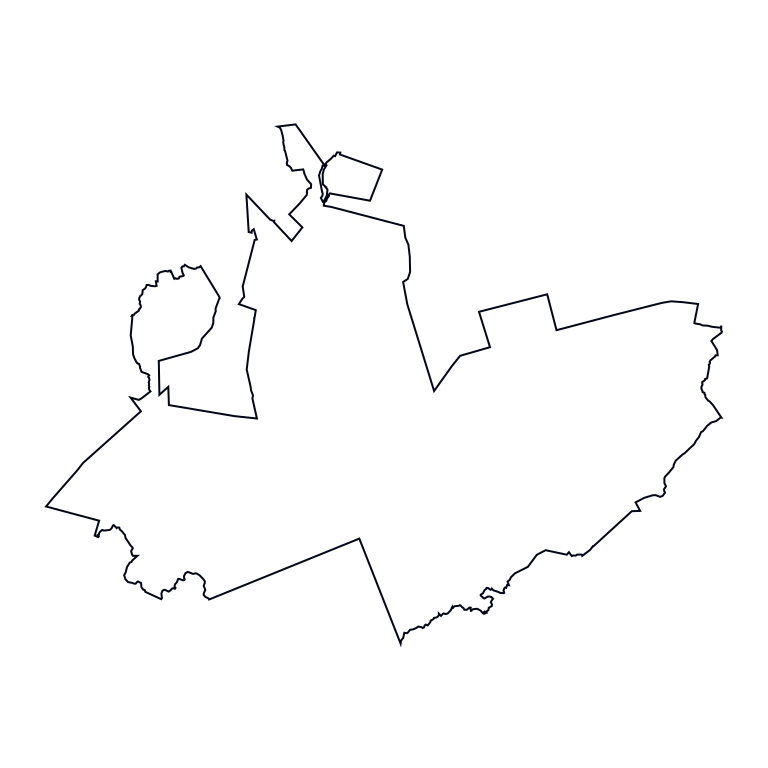 Coronado, Chihuahua, Mexico (orthographic projection)
{"feature_id": "50627088B73123540840509", "entity_name": "Coronado", "entity_type": "district", "adm_level": 2, "iso_a3": "MEX", "parent_name": "Mexico", "parent_adm1": "Chihuahua", "projection": "orthographic", "projection_center": [-105.103, 26.672], "detail": "fine", "context": "isolated", "style": "outline", "palette": "ink", "viewbox_px": 768, "rotation_deg": 0, "n_neighbors": 0, "source": "geoboundaries", "source_scale": "gbopen_adm2", "svg_char_len": 6115}
<svg xmlns="http://www.w3.org/2000/svg" viewBox="0 0 768 768"><path d="M157.6,274.3L157.7,281.5L155.9,281.3L156.6,285.9L154.9,286.3L150.6,285.8L148.6,284.9L146.6,285.1L146.0,287.1L145.2,288.4L142.7,290.2L142.3,294.2L140.2,296.1L139.2,298.2L139.1,299.6L140.1,301.5L139.7,303.9L140.6,305.0L140.9,307.0L139.7,308.9L138.9,309.3L138.8,310.7L134.6,313.7L133.9,314.9L132.3,315.1L131.8,315.8L132.2,315.8L132.4,316.6L130.7,335.4L132.8,346.5L133.1,354.5L134.4,358.2L136.3,361.9L137.5,363.4L139.0,363.9L140.1,366.7L139.9,367.6L141.6,371.9L147.7,374.1L149.2,375.3L148.3,376.4L148.4,377.2L149.0,377.7L149.5,379.9L148.7,382.4L149.2,383.9L148.8,385.5L149.4,386.9L148.8,387.9L149.2,389.6L150.5,391.4L141.6,398.3L138.8,399.9L130.6,397.6L140.9,411.3L83.0,463.0L77.3,470.3L51.6,499.7L46.1,506.5L99.1,520.7L94.7,535.6L98.1,537.1L98.7,536.5L97.8,535.0L99.0,534.6L98.9,533.6L99.8,532.0L102.2,529.9L104.0,530.6L109.8,529.9L111.3,528.7L113.1,525.4L113.7,525.1L116.6,528.0L116.9,527.5L119.3,527.5L119.8,529.5L121.3,530.7L125.0,535.0L125.5,537.9L130.5,545.4L132.6,547.6L132.8,548.3L131.3,550.6L131.2,551.4L132.1,554.7L132.9,555.8L137.4,555.8L132.2,560.5L131.4,562.0L129.8,562.6L127.0,567.0L125.7,572.4L124.1,575.2L125.5,579.3L128.1,582.1L132.3,582.9L134.0,583.6L135.6,583.7L137.1,582.0L138.0,581.5L141.0,583.0L141.5,587.3L143.4,589.8L144.6,590.0L145.4,591.9L161.2,599.2L161.9,598.2L161.4,593.5L162.4,590.9L164.0,589.9L164.9,589.8L168.7,591.6L170.5,590.3L172.0,588.6L173.2,588.2L174.9,588.8L175.5,587.9L174.6,586.8L174.6,585.5L175.3,583.9L176.8,582.4L178.1,579.0L179.0,578.8L182.9,580.3L184.4,580.1L184.7,579.5L184.0,577.8L184.1,575.8L185.6,573.0L187.8,571.9L193.0,573.9L195.6,573.3L197.0,573.7L199.6,575.3L203.3,579.1L204.8,581.3L204.8,583.1L203.7,585.8L205.3,589.9L203.8,593.3L203.7,595.0L205.3,596.8L208.7,598.6L209.1,599.5L359.3,538.6L400.6,643.6L401.0,640.6L403.2,638.0L404.3,632.8L406.8,633.2L407.6,632.9L410.0,629.8L412.9,629.4L415.7,628.3L418.3,626.6L421.4,627.1L422.7,628.0L424.0,627.4L424.6,625.6L425.7,624.6L427.8,625.4L430.4,622.1L430.7,620.5L432.4,619.8L433.7,618.8L434.0,617.9L436.4,617.5L437.6,616.8L439.0,615.0L438.9,613.7L441.0,615.9L443.0,613.7L443.7,613.4L445.7,614.1L447.6,613.5L450.7,610.4L452.3,606.9L452.7,608.0L453.3,607.7L453.7,606.8L454.8,606.2L458.8,605.8L459.8,605.2L460.5,605.4L462.1,607.2L463.4,608.0L464.4,609.7L466.7,609.8L469.5,607.6L470.1,607.5L470.7,607.7L470.4,608.7L471.0,610.9L471.6,610.6L471.8,609.9L473.2,609.2L476.9,608.8L478.1,609.2L480.7,610.7L482.6,613.0L483.8,613.7L484.6,613.7L484.8,613.2L484.0,612.1L484.6,611.5L485.4,611.8L486.0,612.9L486.7,612.8L486.6,611.4L488.3,610.2L488.8,607.8L491.8,606.0L492.0,604.5L490.9,602.3L491.4,600.9L493.0,598.7L491.6,597.2L489.6,596.5L487.7,596.6L484.5,598.5L483.5,598.1L480.7,595.5L480.7,594.7L483.0,593.2L484.5,590.2L486.1,589.0L486.5,587.9L488.4,588.2L490.5,589.8L491.1,589.6L491.8,588.6L493.3,590.3L498.2,591.9L500.6,593.0L503.9,593.1L504.2,592.7L503.5,590.5L504.3,588.3L505.1,587.5L506.2,587.8L507.2,584.9L508.9,585.2L507.6,581.7L509.9,579.6L510.9,577.3L515.0,573.3L527.9,566.8L536.8,554.8L545.6,550.2L566.8,554.7L568.9,552.2L571.8,556.1L572.9,555.5L575.8,555.6L576.9,554.7L580.9,554.5L582.4,555.0L582.4,555.7L590.1,549.9L592.9,546.2L593.3,546.4L631.8,511.2L640.1,510.9L635.6,502.4L644.3,497.8L652.7,495.3L655.4,495.1L660.1,496.8L662.5,496.0L665.0,492.7L664.2,491.0L664.0,489.2L666.0,486.4L664.4,483.1L664.4,478.2L664.9,476.8L669.2,472.3L673.4,467.1L673.8,464.7L675.7,460.7L682.4,454.6L684.6,453.2L694.3,444.0L695.9,440.9L698.8,437.2L701.1,432.1L702.9,431.2L707.2,425.8L711.4,422.4L716.2,421.1L720.7,417.5L721.4,417.6L713.0,405.1L709.5,401.3L708.3,400.7L706.2,398.3L705.4,397.0L705.2,394.7L704.5,394.0L704.5,392.9L702.6,392.1L702.5,391.2L701.4,388.8L701.4,387.0L702.5,384.6L702.1,382.2L704.8,380.3L705.1,379.0L707.1,378.4L709.2,366.8L708.8,364.8L709.8,363.7L710.0,362.7L709.6,362.0L709.8,361.6L710.4,360.4L715.0,356.5L715.5,355.3L717.7,355.3L717.1,350.1L711.4,341.0L712.9,339.1L721.6,332.6L721.9,331.7L721.1,330.0L721.4,325.7L720.7,327.7L720.2,327.7L712.1,326.8L707.7,325.7L702.5,325.4L700.1,324.3L695.2,323.5L694.3,323.0L698.1,304.0L683.1,302.2L671.2,301.3L661.8,302.9L613.7,315.1L556.5,330.2L547.2,294.3L479.0,311.8L490.0,347.2L460.1,355.8L451.8,366.2L434.1,391.0L407.3,304.3L403.1,282.0L407.8,278.9L410.1,272.0L409.8,256.7L408.4,244.7L405.3,237.6L403.8,225.9L331.1,206.9L323.8,205.7L324.1,202.9L326.4,200.6L327.0,198.6L329.0,195.8L328.9,194.7L329.9,193.4L370.0,200.7L382.2,169.6L339.9,154.5L340.3,152.6L337.0,152.4L335.1,156.2L333.7,155.7L330.9,158.8L326.7,162.3L325.4,164.1L326.5,165.2L323.8,169.7L322.7,174.2L322.9,184.4L325.9,187.0L325.6,187.2L327.5,189.6L326.8,195.5L324.4,200.3L322.8,201.7L320.9,197.9L322.4,195.8L322.7,193.4L322.1,191.9L319.0,175.5L320.5,170.9L321.8,168.7L322.5,165.8L322.9,165.4L324.5,166.0L324.1,164.8L295.6,124.4L277.6,126.6L279.7,127.6L280.5,128.7L281.3,130.5L282.7,135.8L283.5,140.5L283.2,142.8L284.2,146.8L284.5,150.3L285.0,150.8L287.5,160.6L286.9,162.3L287.0,164.9L289.6,166.4L290.9,167.8L292.3,170.7L303.2,169.4L304.3,172.8L304.3,173.5L307.0,179.6L311.1,184.1L311.0,187.8L308.3,188.7L307.1,189.9L306.8,192.2L307.1,192.8L306.6,195.1L299.3,203.9L289.2,214.3L302.4,227.4L291.6,241.0L273.9,222.1L274.2,220.8L273.5,221.0L270.2,219.7L246.4,194.6L248.7,232.1L251.6,232.7L251.8,230.7L253.8,229.2L256.8,239.5L254.7,239.9L242.7,286.5L244.2,296.3L244.0,297.2L242.3,298.8L238.9,304.1L255.8,310.1L254.7,316.9L254.1,318.1L254.4,318.6L254.1,320.6L248.9,351.3L246.7,369.5L250.7,387.1L251.0,390.2L253.0,395.4L252.4,398.4L256.9,418.5L234.3,416.1L168.9,405.1L168.3,386.8L159.4,394.8L158.8,360.9L190.9,351.9L197.8,348.3L200.0,345.2L202.0,338.5L211.8,327.6L213.3,322.9L213.4,317.6L215.7,311.3L215.6,308.5L219.1,299.0L219.7,298.2L219.3,296.8L200.6,266.1L199.2,267.3L197.1,267.5L196.5,268.4L194.0,268.9L188.8,267.4L184.8,264.8L183.8,266.4L182.8,266.4L181.7,267.1L181.4,268.0L182.6,273.0L183.8,275.3L183.4,275.9L179.5,276.8L178.9,278.4L177.9,278.7L176.5,278.8L175.3,278.2L174.3,278.8L171.3,271.9L170.6,272.0L170.5,270.6L168.9,270.7L167.9,271.5L165.4,271.0L161.7,271.8L159.8,272.5L157.6,274.3Z" fill="none" stroke="#020617" stroke-width="2"/></svg>